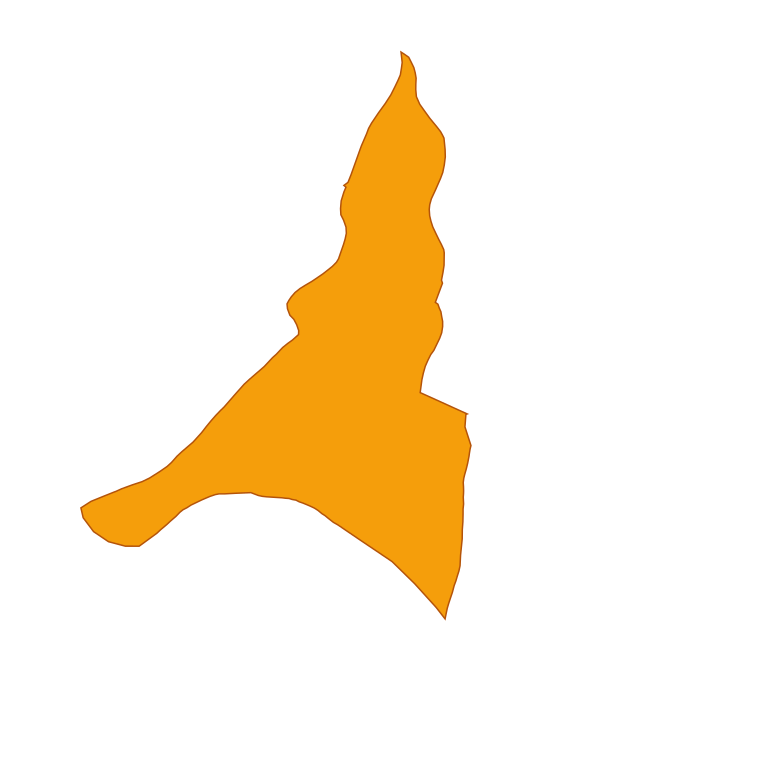 Monchy/Vieux Sucreic/Bois D'Ine, Gros Islet, Saint Lucia, rotated 214°
{"feature_id": "8701671B73364458199971", "entity_name": "Monchy/Vieux Sucreic/Bois D'Ine", "entity_type": "district", "adm_level": 2, "iso_a3": "LCA", "parent_name": "Saint Lucia", "parent_adm1": "Gros Islet", "projection": "natural_earth1", "projection_center": [-60.951, 14.056], "detail": "fine", "context": "isolated", "style": "filled", "palette": "amber", "viewbox_px": 768, "rotation_deg": 214, "n_neighbors": 0, "source": "geoboundaries", "source_scale": "gbopen_adm2", "svg_char_len": 2701}
<svg xmlns="http://www.w3.org/2000/svg" viewBox="0 0 768 768"><g transform="rotate(214 384 384)"><path d="M566.0,111.8L558.6,104.9L542.2,99.2L524.2,99.2L507.8,104.9L496.3,112.6L488.8,133.4L487.7,138.3L485.5,146.0L484.5,150.4L483.4,154.5L482.5,157.8L481.5,163.5L480.3,167.4L478.2,171.2L476.3,175.7L470.2,186.1L465.5,193.4L462.0,198.0L459.3,200.7L455.1,203.5L451.0,206.6L445.7,210.6L433.6,219.5L425.9,221.3L422.1,222.8L418.3,224.8L411.8,228.6L405.0,232.6L401.8,234.2L398.7,236.0L395.6,236.9L392.0,238.5L388.5,238.9L384.8,239.9L380.5,240.8L376.8,241.5L372.3,242.2L368.0,242.3L363.0,241.8L359.2,241.9L355.3,241.5L348.5,241.0L343.7,241.4L317.4,241.3L278.0,241.3L246.9,235.6L215.7,227.9L202.0,223.4L203.8,227.7L206.2,233.6L207.8,238.7L209.2,243.7L210.8,249.5L213.1,256.1L214.3,261.0L215.8,265.7L217.3,270.8L219.3,275.8L224.8,284.9L232.6,299.4L237.6,307.0L241.5,313.8L245.8,320.5L248.5,324.5L250.9,329.0L255.0,334.5L256.6,337.3L258.3,340.0L260.8,343.5L263.2,346.6L265.2,350.6L266.5,354.1L268.3,359.6L270.3,365.0L273.1,371.6L274.4,374.2L276.2,378.1L277.5,381.6L292.9,393.7L299.1,404.6L298.3,405.7L349.2,397.1L355.0,408.8L357.5,415.1L359.7,421.8L360.9,428.4L361.7,434.5L361.5,439.8L363.4,453.0L364.8,458.7L367.5,464.4L370.4,468.7L373.9,472.2L377.2,475.7L380.7,477.9L383.9,480.3L387.1,480.4L391.9,500.3L394.4,502.2L397.6,509.7L400.6,516.0L407.4,526.4L409.6,528.8L414.5,531.8L419.3,534.4L425.0,537.7L431.4,541.5L436.1,545.2L440.2,549.0L444.1,554.0L446.4,558.3L448.3,564.0L449.8,573.5L452.1,586.1L453.6,592.3L456.5,599.3L460.2,606.6L464.5,612.6L471.8,621.4L474.4,622.9L478.1,624.8L483.5,626.6L494.6,629.9L502.8,632.9L510.8,635.9L517.8,640.3L522.2,645.7L525.3,650.4L528.4,655.5L532.1,659.4L536.2,663.0L541.0,665.8L546.2,668.7L551.9,668.8L555.5,668.7L548.7,660.7L546.2,655.7L543.3,649.4L542.2,643.6L541.2,636.9L540.0,627.5L539.8,617.3L540.2,605.8L540.2,593.2L539.7,587.3L538.3,581.5L535.9,568.7L534.4,562.7L528.4,539.3L526.6,531.0L528.3,526.2L525.6,525.9L524.6,520.8L521.9,511.9L518.1,505.1L514.4,500.2L509.1,497.2L503.2,492.8L499.5,487.9L497.3,482.5L495.6,477.1L493.6,469.5L491.7,462.4L491.5,458.4L492.6,452.5L496.2,441.2L501.1,428.9L504.5,421.8L507.0,416.2L508.9,410.1L509.6,404.4L509.6,400.1L509.2,396.2L506.1,392.4L500.5,388.4L494.9,387.2L489.5,384.3L484.6,380.6L482.5,377.2L484.5,369.2L486.5,363.8L488.4,357.6L489.9,348.4L491.1,343.7L493.1,331.3L498.0,313.2L499.8,305.7L500.8,298.3L501.8,290.8L503.7,275.4L504.7,270.8L505.9,263.9L506.8,256.8L507.5,249.5L508.0,241.7L509.8,229.1L513.7,214.9L515.2,208.5L516.3,200.1L517.7,194.3L520.7,186.6L525.8,174.9L530.0,167.7L536.2,159.7L542.8,150.6L546.3,144.9L547.2,143.7L553.8,134.0L561.3,122.8L566.0,111.8Z" fill="#f59e0b" stroke="#b45309" stroke-width="1.5"/></g></svg>